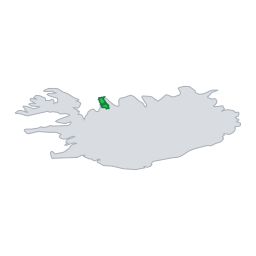 Skagabyggð, Norðurland vestra, Iceland shown in context
{"feature_id": "244011B21592329160761", "entity_name": "Skagabyggð", "entity_type": "district", "adm_level": 2, "iso_a3": "ISL", "parent_name": "Iceland", "parent_adm1": "Norðurland vestra", "projection": "natural_earth1", "projection_center": [-20.226, 65.901], "detail": "medium", "context": "in_parent", "style": "filled", "palette": "green", "viewbox_px": 256, "rotation_deg": 0, "n_neighbors": 0, "source": "geoboundaries", "source_scale": "gbopen_adm2", "svg_char_len": 4790}
<svg xmlns="http://www.w3.org/2000/svg" viewBox="0 0 256 256"><path d="M198.7,94.1L201.1,94.2L204.9,93.3L210.3,90.7L212.6,90.1L218.0,90.1L211.6,92.7L209.3,95.5L207.5,96.9L207.6,97.5L212.2,99.2L214.4,98.6L215.3,98.8L216.2,99.7L216.9,101.3L216.6,102.9L215.3,104.6L213.6,106.0L213.8,106.4L215.3,106.7L222.7,105.8L223.7,107.9L224.4,108.6L224.2,109.3L221.3,111.5L224.8,110.1L227.5,109.7L232.3,110.4L234.3,111.2L235.5,112.6L237.8,112.1L239.0,113.0L239.0,113.8L238.1,116.2L235.3,117.3L237.1,119.0L238.5,119.1L238.8,119.5L238.6,120.5L236.5,121.7L240.2,123.0L240.6,123.5L240.5,125.0L239.9,125.8L238.8,126.3L236.2,126.4L234.7,127.0L235.3,127.9L234.8,130.5L232.9,132.6L231.0,133.7L229.2,134.4L223.9,133.6L224.2,135.4L222.4,136.5L222.8,137.5L223.4,138.0L223.2,139.2L220.9,141.6L219.2,142.4L215.9,143.4L211.2,145.7L206.3,145.6L194.4,148.9L189.7,150.6L181.3,155.9L177.7,157.3L171.6,157.9L153.3,161.4L151.2,163.4L151.1,163.9L152.0,164.7L150.6,166.2L147.8,167.2L146.5,167.2L144.2,166.3L143.9,166.7L144.8,167.8L135.8,169.6L123.3,168.7L112.2,166.1L103.5,165.6L97.3,162.1L97.1,161.5L97.8,160.4L100.0,160.0L98.9,158.9L95.2,160.8L94.0,160.7L92.4,159.9L92.3,159.2L89.2,158.9L83.9,156.6L83.5,156.1L84.8,155.4L84.5,155.2L81.6,155.4L77.3,157.4L52.2,158.3L51.4,157.2L50.4,153.1L51.3,151.4L52.3,151.5L55.2,153.9L62.0,152.6L64.7,151.7L67.3,149.5L68.7,148.8L70.8,146.0L72.9,144.2L77.1,143.4L73.3,142.9L67.0,145.2L64.9,145.2L65.9,144.2L68.0,143.1L66.6,143.0L66.0,142.5L65.9,141.5L67.1,139.8L74.6,136.8L72.8,136.2L67.6,138.5L63.8,139.3L60.8,138.3L59.3,136.9L59.4,136.2L61.2,134.5L61.0,134.1L59.7,133.9L56.4,132.3L51.2,132.4L38.2,131.5L28.4,133.8L26.1,132.7L24.2,130.5L24.6,129.6L26.3,129.1L31.1,129.1L38.2,128.1L41.4,126.7L42.6,127.1L43.2,127.7L47.6,126.7L49.9,125.6L53.8,126.1L68.4,125.5L70.3,124.0L71.1,122.2L70.8,121.8L65.4,123.5L64.2,123.4L58.0,122.5L55.7,121.5L56.5,120.7L59.8,119.0L68.2,116.1L69.4,115.6L69.5,114.9L66.2,113.6L59.9,114.0L58.3,112.5L53.1,111.7L49.6,112.2L47.8,111.3L27.1,115.9L20.5,113.8L15.8,113.5L15.4,112.8L18.2,110.8L20.1,110.4L22.0,110.6L25.6,112.0L28.1,112.4L25.0,110.4L24.9,108.4L23.9,107.9L23.0,106.6L23.4,106.1L27.2,106.4L33.2,108.7L36.1,108.3L40.0,106.8L31.4,106.0L28.8,104.2L30.7,103.2L35.1,103.4L30.3,100.3L30.0,99.7L30.9,98.3L37.1,99.5L33.9,97.7L33.8,97.3L34.7,97.0L35.2,95.8L36.8,95.4L39.9,95.8L44.7,97.9L45.4,98.5L45.6,100.7L47.5,100.3L49.8,100.6L51.7,99.2L53.0,99.5L54.0,100.8L53.8,103.7L55.1,102.7L57.4,102.6L57.8,100.2L57.4,98.3L50.0,96.1L47.1,94.6L47.5,94.0L48.9,93.5L56.7,93.1L53.4,92.2L52.6,91.2L46.7,91.6L43.8,91.2L43.7,90.7L44.9,90.0L48.5,88.5L55.2,88.4L57.9,88.8L63.1,92.1L67.2,93.4L74.2,97.8L78.7,99.5L78.9,99.9L78.1,100.4L76.4,101.0L79.0,101.8L80.6,103.0L80.8,103.5L79.3,107.0L77.6,108.2L73.4,107.5L74.4,108.7L77.4,109.9L78.0,110.5L77.6,111.2L79.0,111.0L79.4,111.4L78.8,113.4L78.0,114.2L80.5,114.6L82.2,115.6L84.2,119.7L85.4,116.5L85.9,115.4L87.0,114.9L88.2,111.7L91.0,109.8L93.6,109.1L96.2,111.4L98.2,111.6L100.2,107.6L100.4,104.8L99.8,101.6L100.2,99.3L101.5,98.0L103.3,97.5L107.0,98.9L110.1,102.0L114.8,105.5L118.0,106.3L118.6,106.2L119.1,105.1L118.7,100.6L120.2,98.2L124.0,97.6L129.8,95.4L131.1,95.3L134.0,96.6L139.2,101.1L142.9,103.2L144.8,106.6L145.7,107.2L146.5,106.2L146.6,104.7L142.0,97.7L142.0,96.8L142.4,96.0L150.4,96.4L152.2,97.2L157.8,101.1L160.5,99.5L165.8,94.8L167.6,95.0L172.3,96.9L174.1,96.7L179.5,95.0L180.6,92.8L178.2,88.4L179.1,87.5L184.1,86.4L189.5,86.6L195.1,90.7L195.4,92.6L198.7,94.1Z" fill="#d9dde1" stroke="#a8b0b8" stroke-width="1"/><path d="M104.6,97.0L104.1,96.9L103.6,97.1L103.3,97.2L103.0,97.4L102.5,97.5L101.8,97.5L101.2,97.4L100.8,97.7L100.4,97.9L99.7,97.8L99.4,97.9L99.1,97.8L98.9,97.9L98.9,98.0L99.2,98.4L99.3,98.6L98.9,99.2L98.9,99.4L98.7,99.5L98.8,99.6L98.6,99.6L99.0,99.8L99.1,100.1L99.5,100.5L99.6,100.8L99.6,101.0L99.5,101.3L99.7,101.5L99.9,101.8L99.9,102.1L100.4,102.8L100.4,103.0L100.7,103.3L100.8,103.3L101.0,103.6L101.2,103.9L101.1,104.0L103.6,103.9L103.9,103.5L104.4,103.0L104.3,102.8L104.3,102.6L105.8,102.5L105.5,102.1L104.9,101.4L104.8,101.2L104.8,100.9L104.7,100.6L103.7,99.8L103.1,99.0L103.6,97.9L104.6,97.0ZM106.7,103.7L105.4,103.9L105.2,104.1L105.0,104.3L104.3,104.4L103.4,104.4L102.3,104.9L102.0,104.9L101.2,105.1L101.4,105.4L101.4,105.5L101.6,105.8L101.8,105.9L101.7,106.3L101.8,106.3L101.7,106.4L101.8,106.5L101.9,106.8L102.1,107.0L102.0,107.4L102.1,107.5L102.8,107.5L103.1,107.4L103.1,107.5L103.4,107.5L104.4,107.4L105.1,107.5L105.7,107.8L105.8,108.0L106.0,108.1L106.2,108.4L106.4,108.5L106.5,108.8L107.5,108.4L108.5,108.4L108.3,108.1L108.7,107.9L108.3,107.4L108.6,107.2L108.5,106.8L108.5,106.7L107.4,105.7L107.4,105.4L107.5,105.4L108.3,105.2L107.5,104.3L107.0,104.1L106.8,103.9L106.7,103.7ZM100.1,97.8L100.1,97.7L100.1,97.8ZM101.3,97.3L101.2,97.3L101.3,97.3Z" fill="#22c55e" stroke="#15803d" stroke-width="1.5"/></svg>